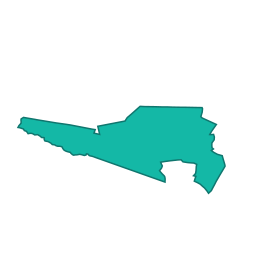 the district of Nakuru Town West, Rift Valley, Kenya, rotated 109°
{"feature_id": "3690345B66504215806483", "entity_name": "Nakuru Town West", "entity_type": "district", "adm_level": 2, "iso_a3": "KEN", "parent_name": "Kenya", "parent_adm1": "Rift Valley", "projection": "mercator", "projection_center": [36.068, -0.37], "detail": "fine", "context": "isolated", "style": "filled", "palette": "teal", "viewbox_px": 256, "rotation_deg": 109, "n_neighbors": 0, "source": "geoboundaries", "source_scale": "gbopen_adm2", "svg_char_len": 2070}
<svg xmlns="http://www.w3.org/2000/svg" viewBox="0 0 256 256"><g transform="rotate(109 128 128)"><path d="M132.6,23.8L131.9,24.1L130.9,24.7L126.4,27.9L123.5,29.9L123.6,31.8L123.8,34.8L123.1,39.0L122.4,41.2L122.1,41.9L120.0,40.4L119.3,42.2L118.2,42.6L117.4,43.0L114.8,43.8L111.1,42.7L108.4,43.4L106.2,45.0L107.4,47.7L107.6,48.6L103.5,47.8L95.9,45.6L94.4,61.0L93.6,62.8L88.9,63.0L85.5,63.8L84.6,64.6L86.1,69.2L88.1,75.4L90.1,81.6L91.9,86.9L93.9,93.1L95.2,97.4L97.2,103.3L99.1,109.4L101.2,115.8L102.3,119.1L102.9,121.2L103.6,123.6L107.8,126.0L114.2,129.6L118.4,132.1L122.4,133.1L136.2,157.1L143.3,152.7L143.6,155.3L143.9,158.5L140.2,158.5L140.7,161.1L141.3,165.2L143.9,183.5L144.7,187.9L146.6,197.6L148.2,207.1L149.9,217.0L150.0,217.9L151.6,227.6L152.0,230.2L154.2,232.0L155.3,231.8L156.6,231.2L158.2,230.7L159.1,231.0L161.3,231.9L163.3,232.2L163.1,231.1L163.0,230.1L163.0,228.0L163.0,227.2L163.0,226.5L164.2,225.2L164.2,222.9L165.3,221.4L165.9,220.6L164.9,218.9L164.4,217.1L164.5,215.8L164.9,213.9L164.0,212.0L163.7,211.2L164.3,208.5L164.7,207.6L165.1,206.3L164.6,205.1L164.5,204.1L165.9,203.6L167.2,202.6L167.2,201.6L166.9,199.3L166.9,198.6L167.1,197.9L167.4,196.1L167.8,195.2L168.3,194.2L167.8,191.9L168.2,190.2L168.1,188.5L167.5,186.7L167.2,184.5L168.8,182.7L169.8,181.1L170.1,179.0L170.1,177.8L170.0,176.3L169.8,174.6L170.4,173.9L171.3,171.8L171.4,170.6L170.4,168.7L170.2,168.0L169.8,167.2L168.6,165.1L168.3,162.9L168.2,160.4L167.2,158.9L166.0,158.9L165.7,157.6L166.7,155.6L166.6,154.0L166.4,152.9L167.1,75.4L164.1,76.3L162.4,77.2L161.8,77.7L161.3,78.5L160.2,80.8L159.8,81.5L159.3,82.4L158.1,84.3L156.2,83.6L155.4,83.4L154.7,83.2L152.7,83.2L151.2,84.7L150.5,85.3L149.7,86.0L147.7,82.3L145.3,77.5L141.8,70.1L140.8,67.4L142.1,65.0L141.3,60.4L140.6,57.6L139.7,54.3L140.0,51.2L142.2,50.9L146.1,49.8L149.0,49.3L151.8,50.5L151.6,48.1L154.2,48.1L156.7,48.0L157.0,44.8L157.6,41.4L158.8,38.7L159.8,36.1L161.9,32.7L163.5,30.6L160.1,28.8L157.3,28.4L153.7,27.8L149.4,27.2L148.5,27.0L142.4,25.8L135.7,24.4L132.6,23.8Z" fill="#14b8a6" stroke="#0f766e" stroke-width="1.5"/></g></svg>